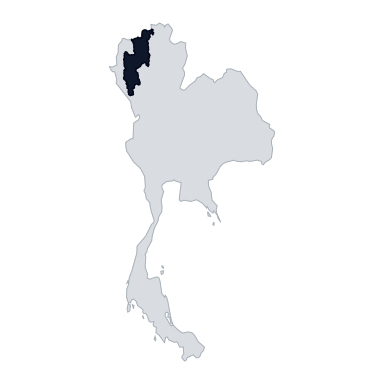 location of Chiang Mai within Thailand
{"feature_id": "THA-390", "entity_name": "Chiang Mai", "entity_type": "Province", "adm_level": 1, "iso_a3": "THA", "parent_name": "Thailand", "parent_adm1": "", "projection": "robinson", "projection_center": [98.763, 18.701], "detail": "fine", "context": "in_parent", "style": "filled", "palette": "ink", "viewbox_px": 384, "rotation_deg": 0, "n_neighbors": 0, "source": "natural_earth", "source_scale": "10m", "svg_char_len": 8636}
<svg xmlns="http://www.w3.org/2000/svg" viewBox="0 0 384 384"><path d="M164.1,25.5L164.4,27.1L166.0,25.0L168.0,23.9L172.0,28.7L172.4,30.7L169.6,38.3L170.0,40.9L171.9,42.9L174.1,44.2L176.5,43.8L180.9,41.6L185.7,43.1L185.5,48.1L187.3,56.1L184.9,64.3L182.5,68.3L184.4,71.9L184.5,75.2L179.8,88.0L180.8,88.9L183.8,90.3L185.0,89.9L189.9,84.9L195.3,81.0L197.0,77.7L200.5,76.6L203.5,73.6L210.7,78.8L212.5,79.2L213.4,80.1L213.8,82.2L214.7,82.6L217.6,79.7L222.4,77.8L224.3,73.4L226.6,72.1L226.4,69.9L227.1,69.1L231.1,68.9L237.1,71.2L239.3,71.7L240.3,71.2L249.9,85.3L256.1,90.7L257.7,94.4L256.3,103.9L256.5,109.3L257.9,113.5L260.5,116.4L262.5,120.5L269.7,124.4L269.1,125.5L269.6,128.0L274.1,131.0L274.5,132.0L274.0,135.8L272.0,138.7L271.5,141.1L271.6,144.1L272.7,148.5L271.4,157.7L268.7,160.3L265.3,162.2L263.4,164.7L262.0,164.0L261.3,161.5L257.4,160.1L250.1,161.4L246.4,160.8L241.5,161.7L236.7,161.3L233.9,160.2L225.9,162.2L222.5,164.1L220.1,166.7L216.5,173.5L212.8,177.6L212.9,179.3L208.3,180.4L208.6,186.1L211.2,192.4L212.0,200.2L217.2,205.8L216.2,209.7L216.8,213.5L220.8,222.3L217.9,218.1L217.3,215.3L213.9,210.9L212.9,213.1L208.9,209.8L207.2,206.5L206.6,208.0L202.7,203.4L198.7,200.9L196.5,199.8L190.9,201.4L183.8,200.2L181.0,201.4L179.9,200.6L179.2,199.2L181.2,182.8L175.0,180.8L174.0,179.7L172.6,180.9L166.6,181.6L162.3,184.6L161.7,187.1L163.7,191.7L161.2,199.8L162.1,207.4L161.7,211.6L158.7,217.0L157.9,221.3L154.5,227.8L152.2,236.1L151.7,240.9L147.6,248.2L146.7,252.4L145.2,253.9L145.8,257.2L145.1,267.3L147.7,274.6L147.0,278.0L149.8,279.2L156.5,276.9L158.7,277.5L160.1,281.5L161.8,293.5L164.6,297.2L165.3,295.3L166.6,297.3L167.7,300.8L171.2,319.7L173.0,324.6L170.9,323.4L169.7,317.4L167.8,317.2L168.4,313.4L167.2,312.1L165.2,313.2L165.3,316.1L170.6,325.5L173.8,325.8L178.0,329.9L182.5,333.0L188.3,331.9L192.2,332.9L194.6,335.4L198.3,341.8L204.4,347.1L203.5,350.5L201.1,353.1L199.8,356.7L198.1,357.7L195.9,357.7L193.4,354.8L187.4,357.5L186.1,360.2L184.5,361.0L181.8,357.9L182.1,356.2L183.7,353.7L183.3,347.1L179.7,347.1L177.3,342.1L176.5,341.7L174.7,342.4L169.0,340.1L167.3,337.1L165.6,337.3L164.5,342.6L159.4,335.5L155.9,332.6L156.4,327.4L154.0,326.3L153.1,324.8L153.9,321.7L150.7,322.2L149.1,321.3L147.2,315.7L145.6,313.4L143.5,313.4L142.8,312.3L142.9,309.5L137.7,305.6L136.0,301.1L133.5,299.1L131.9,299.7L130.3,302.9L129.1,302.7L127.9,301.8L126.6,297.3L126.7,289.4L128.4,284.8L129.3,277.5L131.7,271.3L136.8,253.2L137.0,246.2L145.7,236.0L151.5,224.4L153.4,222.7L154.2,220.6L151.2,211.2L149.8,204.7L150.0,203.0L146.3,198.6L145.4,193.6L144.4,192.0L144.0,190.3L145.4,187.4L144.6,176.3L140.6,168.7L133.3,161.6L126.8,151.2L125.9,147.5L125.7,142.3L130.9,138.8L133.0,138.6L133.7,123.0L138.2,120.0L139.2,118.7L139.6,116.1L138.6,114.6L135.7,117.2L135.1,116.6L131.5,107.4L130.7,101.8L116.1,83.1L116.8,79.9L114.7,71.8L112.5,71.7L111.1,70.2L109.5,66.6L112.3,67.1L116.9,65.0L116.2,57.1L118.1,52.6L118.4,45.1L121.8,40.7L122.3,38.5L124.2,38.2L126.8,39.8L129.4,39.8L140.2,37.9L141.6,35.9L142.3,31.8L143.3,30.5L145.7,30.1L148.5,30.9L151.5,29.3L150.9,24.4L156.1,25.3L159.5,23.0L164.1,25.5ZM130.5,305.0L129.8,310.9L127.8,312.1L127.1,308.6L128.3,303.2L128.9,304.4L130.5,305.0ZM163.4,270.7L163.1,273.6L161.3,274.5L160.8,271.3L163.4,270.7ZM208.4,212.3L210.7,216.4L208.1,216.0L207.6,212.1L208.4,212.3ZM155.3,340.7L154.1,339.0L155.1,336.3L156.0,339.6L155.3,340.7ZM134.0,305.6L133.5,308.9L132.4,304.5L134.0,305.6ZM163.5,268.2L162.5,267.8L161.7,266.0L162.9,266.0L163.5,268.2ZM142.8,315.3L144.0,319.0L142.7,317.3L142.8,315.3ZM214.2,222.9L213.9,225.3L212.8,224.3L213.5,222.6L214.2,222.9ZM128.1,282.3L126.8,283.2L127.9,280.9L128.1,282.3Z" fill="#d9dde1" stroke="#a8b0b8" stroke-width="1"/><path d="M147.7,31.3L148.2,31.2L150.6,30.4L151.3,29.8L151.5,29.5L151.9,29.2L152.3,29.6L152.5,29.7L153.0,29.9L153.1,30.0L152.9,30.2L152.5,30.6L152.0,30.8L151.8,30.9L151.8,31.1L151.9,31.4L152.1,31.6L152.4,31.8L152.6,32.0L152.8,32.2L153.4,32.3L153.5,32.4L153.5,32.6L153.5,33.3L153.3,33.7L153.2,33.9L153.0,34.5L152.8,34.7L152.6,34.4L152.4,34.2L152.4,33.8L152.3,33.6L151.8,33.4L151.4,33.4L150.8,33.3L150.6,33.4L150.2,33.7L150.0,34.5L149.9,34.7L149.8,34.8L149.6,35.0L149.5,35.3L149.6,35.9L149.7,36.1L150.0,36.3L150.1,36.9L150.1,37.0L149.6,37.1L149.4,37.3L149.4,37.6L149.1,38.0L149.0,38.9L148.7,39.4L148.4,39.4L148.2,39.6L147.9,40.0L147.4,40.3L147.2,40.5L147.0,40.9L147.1,41.3L147.3,41.8L147.6,42.0L147.8,42.0L148.0,42.8L148.2,43.1L148.3,43.2L148.3,43.3L148.2,43.6L147.7,44.2L147.7,44.3L148.0,44.7L148.1,45.0L148.0,45.7L148.3,46.5L148.5,47.1L148.4,47.4L148.2,47.7L148.3,47.9L148.6,49.3L148.6,49.5L148.6,49.9L148.3,50.3L148.2,50.4L148.0,51.3L148.0,51.5L148.3,52.8L149.5,54.3L149.6,54.6L149.8,55.6L149.3,56.0L149.2,56.2L149.4,56.7L149.4,56.9L149.3,57.6L149.2,57.9L148.7,58.2L148.5,58.3L148.4,58.6L148.3,58.8L148.5,59.0L148.6,58.9L148.8,59.0L148.8,59.5L148.9,60.0L149.1,60.3L149.1,60.6L149.1,61.0L148.8,61.7L148.5,62.8L148.4,62.9L148.6,63.3L148.6,63.5L148.4,63.7L148.3,64.1L148.8,64.4L148.9,64.6L148.8,65.0L148.7,65.2L148.5,65.4L148.4,65.5L148.3,66.1L148.1,66.3L148.0,66.2L147.7,66.1L147.1,65.5L146.7,65.3L146.1,64.8L146.1,64.6L146.4,64.3L146.4,63.9L146.2,63.5L145.9,63.4L145.5,62.8L145.5,62.7L145.5,62.4L145.4,62.3L144.7,62.4L144.2,62.8L143.5,62.9L143.3,63.0L142.8,63.5L142.7,63.5L142.5,63.3L142.4,63.1L142.2,63.1L141.4,64.6L141.2,64.7L141.0,65.1L140.5,66.0L140.4,66.4L138.6,67.4L137.8,68.1L137.4,68.3L136.2,68.6L135.9,68.8L136.1,69.0L136.1,69.3L136.0,69.5L135.8,69.8L135.7,70.1L136.0,70.7L135.6,71.3L135.5,71.6L136.2,71.8L137.5,72.7L137.6,72.8L137.8,73.0L137.8,73.4L137.9,74.5L138.1,74.9L138.2,75.2L138.2,76.6L138.0,78.4L138.1,78.9L138.1,79.0L138.3,79.2L138.8,79.1L139.0,79.2L139.2,80.0L139.4,80.6L139.5,81.1L139.6,81.4L139.7,81.8L139.8,82.1L140.0,82.3L140.1,82.6L139.8,83.9L139.8,84.2L139.8,84.4L139.5,84.6L139.1,84.7L138.8,84.9L138.7,84.9L138.4,84.9L138.0,84.5L137.2,84.1L136.9,84.0L136.1,84.0L135.7,84.3L135.2,84.5L134.9,84.9L134.9,85.2L134.8,85.4L134.2,86.0L134.2,86.5L134.2,86.9L134.4,87.3L134.4,87.5L134.1,88.2L133.5,88.4L133.0,88.6L132.8,88.9L132.6,89.5L132.5,90.2L132.6,90.7L132.7,90.9L133.1,91.3L133.2,91.6L133.2,91.9L133.2,92.3L132.9,93.0L133.3,93.3L133.3,93.8L133.4,94.1L133.3,94.6L133.2,94.7L132.5,95.0L132.0,95.1L131.3,95.1L130.6,95.5L130.1,95.5L129.8,95.2L129.4,95.0L129.3,94.8L128.9,94.6L128.6,94.3L128.6,94.1L128.7,93.9L128.7,93.5L128.5,92.7L128.2,92.2L128.3,92.0L128.5,91.8L128.6,91.7L128.5,91.4L128.3,91.2L128.2,91.1L128.4,90.2L128.4,89.7L128.4,89.3L128.1,88.4L127.7,88.1L127.4,88.2L127.2,88.2L127.1,86.8L127.2,86.5L127.3,86.2L127.8,85.8L128.0,85.4L126.9,84.9L126.6,84.6L126.6,84.4L126.5,84.1L126.3,83.8L126.2,83.5L126.2,83.4L126.4,83.3L126.5,83.2L126.4,83.1L126.5,82.8L126.8,82.5L126.8,82.4L126.8,82.2L126.7,82.1L126.5,81.7L126.1,81.4L125.1,80.0L124.4,79.6L124.0,79.2L123.8,78.9L123.7,78.5L123.6,78.1L123.6,77.9L123.8,77.6L123.9,77.0L124.1,76.7L124.5,76.5L124.5,76.2L124.5,75.9L124.2,75.3L124.1,75.0L124.2,74.5L124.1,73.7L124.0,73.4L123.9,73.2L124.1,72.1L124.3,71.4L124.3,71.2L124.1,71.0L124.0,70.8L124.0,70.5L124.1,70.2L124.9,69.4L125.0,69.3L125.2,69.1L125.3,68.5L125.4,68.4L125.5,68.3L125.8,68.4L126.1,68.3L126.1,68.1L126.0,67.9L125.7,67.6L125.3,67.5L125.1,67.4L124.6,66.6L124.3,66.1L124.2,66.0L124.3,65.5L124.3,64.8L124.3,64.4L124.1,64.2L124.0,63.9L124.2,63.4L124.1,62.8L124.1,61.9L124.2,61.7L124.4,61.2L124.4,60.9L124.3,60.7L124.1,60.7L123.7,59.8L123.7,59.5L124.2,58.1L124.4,57.4L124.5,57.0L124.4,56.7L124.1,55.8L124.2,55.5L124.6,54.6L124.6,54.4L124.4,53.8L124.3,53.7L124.8,53.3L124.9,53.1L125.0,52.7L125.1,52.3L125.1,52.2L125.4,52.1L125.6,51.9L126.0,51.8L126.4,52.1L126.7,52.2L126.9,52.3L127.2,52.7L127.5,53.3L127.9,53.7L128.3,54.3L128.5,54.6L128.7,54.8L128.9,54.9L129.7,54.9L130.3,55.0L130.8,55.2L131.1,55.4L131.4,54.9L131.6,54.7L131.8,54.7L132.0,54.8L132.6,55.0L132.8,55.0L133.1,55.0L133.6,54.7L134.2,54.6L134.6,54.3L134.8,54.1L134.9,53.7L135.0,53.3L134.9,52.8L134.4,51.8L133.8,51.2L133.7,50.9L133.9,50.3L134.1,49.1L134.1,48.4L134.0,47.8L134.0,47.5L133.8,47.1L133.8,46.8L133.8,46.7L133.9,46.3L133.9,45.6L134.1,44.6L133.9,44.3L133.8,44.1L133.5,44.0L133.5,43.8L133.4,43.2L133.1,42.8L133.0,42.3L132.9,41.7L132.2,41.1L131.7,40.7L131.6,40.4L131.5,40.2L131.5,39.7L131.7,39.4L131.9,39.6L132.0,39.8L132.2,40.0L132.6,40.1L132.9,39.8L133.3,39.6L133.7,39.5L133.9,39.4L134.4,38.7L134.7,38.6L136.5,38.3L136.9,38.1L138.0,37.2L138.6,37.5L138.9,37.7L139.2,37.9L139.5,38.6L139.9,38.5L140.6,37.9L141.3,37.6L141.6,37.3L141.9,36.8L142.0,36.3L142.0,35.8L141.9,35.4L141.8,34.8L141.9,34.6L142.1,34.2L142.0,33.4L142.2,31.8L142.6,31.0L143.3,30.4L144.2,30.0L145.0,29.9L145.4,30.0L146.2,30.2L146.5,30.4L147.3,31.1L147.7,31.3Z" fill="#0f172a" stroke="#020617" stroke-width="1.5"/></svg>